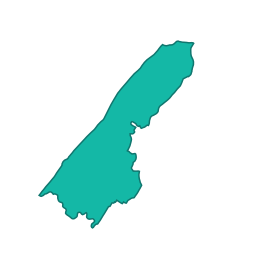 outline of Angk Snuol, Kândal, Cambodia, rotated 31°
{"feature_id": "14789045B83714084538428", "entity_name": "Angk Snuol", "entity_type": "district", "adm_level": 2, "iso_a3": "KHM", "parent_name": "Cambodia", "parent_adm1": "Kândal", "projection": "natural_earth1", "projection_center": [104.717, 11.567], "detail": "fine", "context": "isolated", "style": "filled", "palette": "teal", "viewbox_px": 256, "rotation_deg": 31, "n_neighbors": 0, "source": "geoboundaries", "source_scale": "gbopen_adm2", "svg_char_len": 4673}
<svg xmlns="http://www.w3.org/2000/svg" viewBox="0 0 256 256"><g transform="rotate(31 128 128)"><path d="M102.5,133.8L101.5,136.7L100.5,141.1L100.3,143.7L100.0,146.3L99.9,146.8L98.6,151.2L97.2,156.6L96.2,161.5L95.1,166.6L94.2,171.1L93.3,175.3L93.0,178.2L92.8,179.2L92.6,180.4L92.4,181.8L92.1,183.2L92.2,184.5L91.9,186.0L91.5,186.3L91.1,187.0L90.2,188.3L89.7,190.4L89.8,191.1L89.9,192.3L90.1,193.1L90.6,193.8L90.6,195.2L90.4,198.0L90.2,200.4L90.0,203.4L90.0,206.5L89.9,208.1L89.4,211.2L88.9,214.7L88.5,217.0L87.8,220.8L87.4,224.4L87.0,226.6L86.7,229.9L86.5,231.5L87.2,231.5L87.8,231.5L88.4,231.4L89.0,231.1L89.7,230.0L90.2,229.3L90.4,228.5L90.6,227.7L91.2,227.0L91.7,226.6L92.4,225.5L92.8,224.8L93.2,223.9L93.7,223.2L94.4,222.7L95.2,222.5L96.2,222.6L97.0,222.8L97.7,223.2L98.4,223.1L98.7,222.5L99.5,222.1L100.3,221.9L101.3,221.9L102.1,221.8L102.7,222.3L103.1,222.9L103.5,223.6L104.2,224.6L105.3,225.6L105.9,226.1L107.2,226.5L108.2,226.4L109.2,226.1L110.2,226.0L110.9,226.5L111.3,226.9L111.7,227.3L112.2,228.6L113.0,229.1L113.9,229.3L114.8,229.3L115.8,229.3L116.5,229.5L117.0,229.9L117.5,230.4L117.7,231.0L117.8,231.7L118.1,232.5L118.4,233.2L118.9,233.5L119.6,233.7L120.9,233.9L122.0,233.9L123.2,234.0L124.3,234.1L125.4,234.3L126.3,234.5L127.6,234.2L128.5,233.5L129.2,232.2L129.8,230.6L129.8,229.8L129.4,228.7L128.9,227.7L128.7,226.7L129.0,226.0L129.5,225.4L130.5,225.0L131.6,225.2L132.1,225.5L132.9,225.7L133.8,225.6L134.8,224.2L135.4,222.6L135.8,222.1L136.5,222.3L136.9,222.8L137.6,223.7L138.0,225.0L138.7,225.9L139.9,226.3L140.8,226.4L142.1,225.9L143.3,224.9L144.3,224.1L144.8,223.9L145.7,224.0L146.9,224.5L147.4,225.2L147.3,226.2L147.0,227.2L146.7,228.1L146.4,228.8L146.6,230.0L147.1,231.1L148.0,231.8L149.0,231.9L149.5,230.9L149.5,229.7L149.8,228.0L150.3,226.8L151.2,226.1L151.4,225.8L151.5,224.6L151.5,223.7L151.7,221.4L151.7,219.3L151.7,217.6L151.7,215.7L151.8,213.8L151.8,211.6L151.8,209.6L151.8,208.0L151.8,205.4L152.9,204.5L152.9,202.6L152.9,200.4L154.4,199.7L154.6,199.1L154.6,198.2L155.4,198.1L155.6,196.8L155.5,195.7L156.0,195.7L156.9,195.8L158.7,195.8L160.8,195.9L162.0,195.8L162.1,195.3L162.3,194.3L162.3,193.7L163.5,193.7L165.1,193.4L165.3,192.8L165.2,191.6L165.2,190.7L165.3,190.1L165.4,189.7L165.9,188.9L166.4,187.9L166.9,186.8L167.6,185.9L168.1,185.4L168.7,185.0L169.2,184.4L169.2,182.9L169.4,181.0L169.5,179.2L169.5,177.4L169.4,175.2L169.4,173.6L169.3,172.0L169.2,170.1L168.8,169.8L167.6,169.0L166.6,168.4L165.0,166.8L163.9,165.8L162.5,164.1L161.4,162.5L160.7,160.8L160.1,159.3L159.2,159.5L157.8,160.4L156.3,161.3L154.7,162.2L153.6,161.7L152.5,161.3L151.9,160.9L151.4,160.3L151.3,159.2L151.2,158.2L151.0,156.8L150.8,156.0L150.4,155.6L150.2,154.7L150.9,153.0L150.8,150.5L150.1,148.9L149.0,147.4L148.0,146.4L147.1,146.3L146.1,147.2L144.7,148.2L143.6,148.1L142.3,148.1L141.1,147.7L139.9,147.8L139.2,147.9L139.2,146.4L139.0,144.2L138.8,142.3L138.4,140.9L137.9,139.1L137.3,137.2L136.7,135.8L135.6,134.6L134.6,133.9L133.7,133.3L132.8,131.9L134.9,130.7L135.5,129.8L135.8,128.3L135.5,127.7L134.8,127.3L134.2,126.7L134.3,124.6L134.3,123.4L132.9,123.5L131.3,123.6L129.9,123.5L128.9,123.4L128.2,122.8L127.8,121.8L128.0,120.6L129.0,120.2L130.5,120.2L131.6,120.2L132.7,120.3L133.7,121.0L135.2,121.3L135.7,121.2L136.4,121.0L137.0,120.1L137.8,120.7L138.7,121.2L139.5,121.4L139.9,121.0L140.4,120.3L140.8,119.8L141.1,119.4L141.6,118.9L142.1,118.0L142.4,117.1L142.8,116.2L143.0,115.6L143.6,115.5L144.2,115.3L144.0,113.7L143.7,112.8L143.2,111.8L142.8,111.0L142.5,110.2L142.3,109.3L142.0,108.3L141.9,107.7L141.9,106.3L142.5,104.9L143.4,103.8L143.9,102.7L144.2,102.3L144.7,101.4L145.0,100.6L145.2,99.8L145.3,98.5L145.0,97.6L144.7,97.0L144.1,95.2L144.0,94.2L144.0,93.3L144.3,92.1L145.2,90.0L146.3,86.9L147.0,85.1L147.6,83.3L147.9,82.3L148.3,80.8L148.6,78.7L148.8,76.9L149.4,74.4L149.6,73.6L150.1,69.5L150.4,68.1L151.1,65.0L150.9,62.8L150.7,61.3L150.4,59.8L150.2,58.7L150.0,57.4L152.8,52.9L153.4,52.8L154.0,51.1L154.3,49.8L154.1,48.8L153.8,47.7L153.7,47.1L153.4,46.1L153.0,45.8L152.7,44.4L152.3,43.5L151.5,40.1L150.1,37.6L148.5,36.0L146.7,34.8L145.1,33.7L143.7,32.1L142.6,30.4L141.5,28.7L140.9,27.4L140.7,26.6L140.7,21.6L139.9,21.5L138.6,22.1L136.4,23.6L134.2,24.5L132.0,25.6L130.5,26.4L127.4,27.5L126.2,27.7L125.2,28.6L124.7,29.9L124.3,31.7L123.4,33.5L121.9,34.9L121.4,35.0L120.8,35.5L120.1,36.3L118.5,37.8L116.7,38.5L115.2,38.7L114.7,38.7L114.1,40.9L113.7,44.1L113.5,46.4L112.5,51.7L109.2,59.7L108.3,63.4L107.9,67.2L107.8,70.5L107.6,71.1L107.1,73.2L105.4,78.4L105.0,80.7L104.3,84.3L103.4,90.0L102.0,98.0L101.5,102.0L101.4,102.5L101.3,103.5L101.3,111.0L101.4,116.5L101.9,123.2L102.3,128.3L102.6,132.5L102.5,133.8Z" fill="#14b8a6" stroke="#0f766e" stroke-width="1.5"/></g></svg>